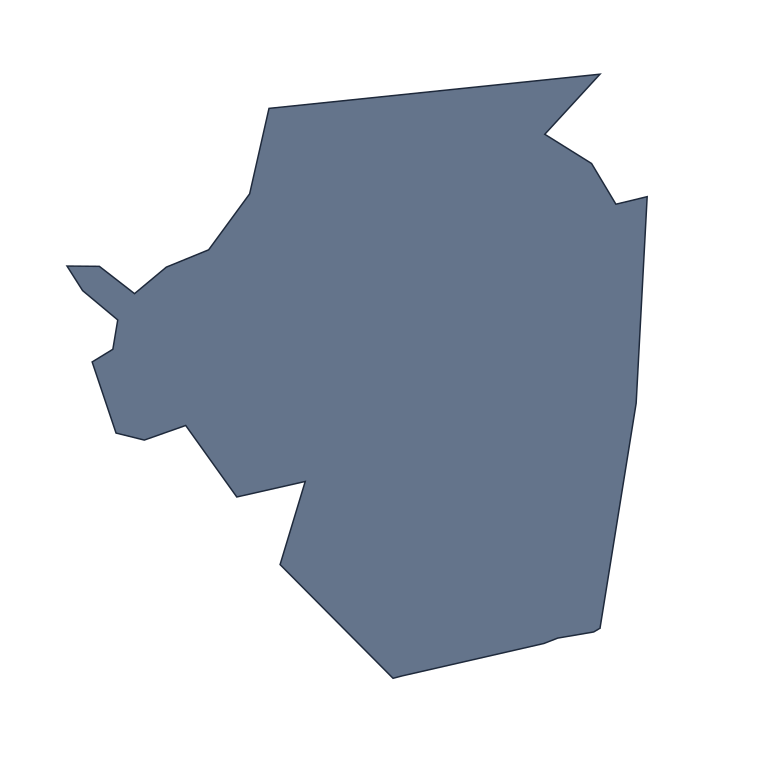 the district of Cumberland, Kentucky, United States of America, rotated 350°
{"feature_id": "52423323B62229431187562", "entity_name": "Cumberland", "entity_type": "district", "adm_level": 2, "iso_a3": "USA", "parent_name": "United States of America", "parent_adm1": "Kentucky", "projection": "robinson", "projection_center": [-85.438, 36.778], "detail": "fine", "context": "isolated", "style": "filled", "palette": "slate", "viewbox_px": 768, "rotation_deg": 350, "n_neighbors": 0, "source": "geoboundaries", "source_scale": "gbopen_adm2", "svg_char_len": 540}
<svg xmlns="http://www.w3.org/2000/svg" viewBox="0 0 768 768"><g transform="rotate(350 384 384)"><path d="M318.6,92.6L284.7,173.4L234.6,221.4L189.9,231.1L154.0,251.7L124.1,218.7L92.3,212.8L103.4,239.7L132.9,274.7L123.0,302.7L100.4,311.6L111.6,385.8L138.2,397.6L181.5,390.4L219.4,469.7L289.5,466.3L250.3,543.8L341.8,675.4L351.4,674.6L496.5,667.3L510.9,664.4L547.5,664.6L554.1,662.1L554.3,662.1L629.0,446.7L675.7,245.2L643.6,247.2L626.7,202.9L585.7,166.0L650.5,116.4L318.6,92.6Z" fill="#64748b" stroke="#1e293b" stroke-width="1.5"/></g></svg>